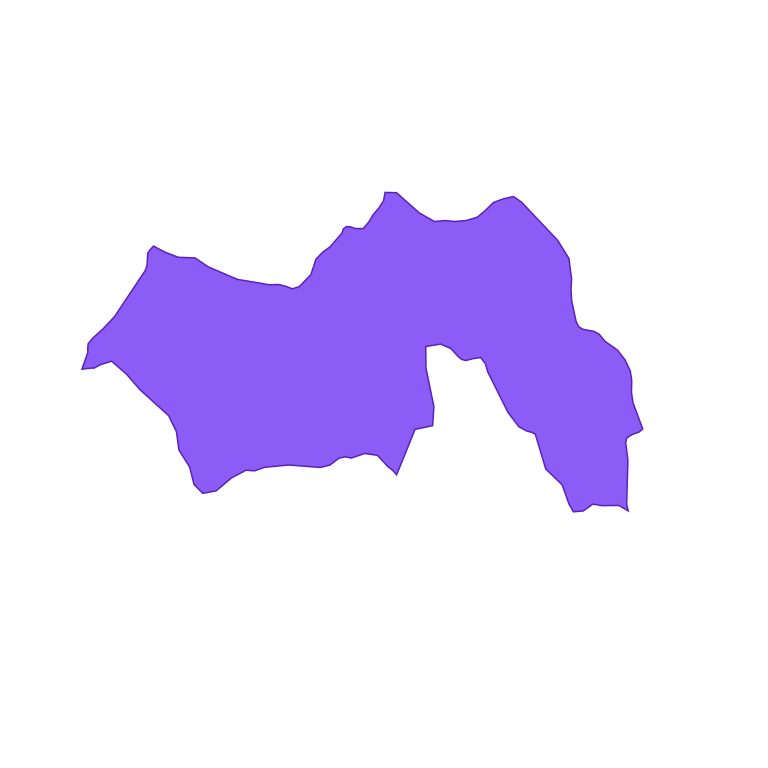 outline of Samegrelo-Zemo Svaneti, rotated 51°
{"feature_id": "GEO-3029", "entity_name": "Samegrelo-Zemo Svaneti", "entity_type": "Region", "adm_level": 1, "iso_a3": "GEO", "parent_name": "Georgia", "parent_adm1": "", "projection": "robinson", "projection_center": [42.261, 42.648], "detail": "fine", "context": "isolated", "style": "filled", "palette": "violet", "viewbox_px": 768, "rotation_deg": 51, "n_neighbors": 0, "source": "natural_earth", "source_scale": "10m", "svg_char_len": 1862}
<svg xmlns="http://www.w3.org/2000/svg" viewBox="0 0 768 768"><g transform="rotate(51 384 384)"><path d="M384.1,158.9L402.8,161.3L420.4,172.1L428.6,179.5L437.5,185.8L456.4,195.4L462.4,196.6L466.8,194.9L475.1,187.8L480.5,185.5L490.2,185.3L504.6,181.2L517.0,181.5L528.9,184.4L537.5,189.5L546.3,197.0L555.3,202.3L581.8,211.2L581.8,216.3L579.5,222.7L578.6,228.9L581.4,232.9L596.8,242.5L630.2,271.1L636.3,274.1L626.2,277.9L615.6,291.3L608.8,297.2L608.0,309.2L602.5,317.2L593.8,315.8L574.5,309.0L551.9,311.8L518.2,298.0L514.2,299.8L510.4,302.7L502.0,306.1L483.9,305.5L439.7,295.7L432.0,292.4L424.3,292.3L420.4,298.7L417.2,305.7L413.8,308.1L410.1,309.0L398.6,309.7L388.7,314.8L381.1,328.0L398.1,341.4L432.9,359.4L447.0,372.4L438.8,388.4L462.5,431.3L456.5,431.6L450.9,433.0L435.3,434.0L425.8,442.8L421.0,456.0L416.3,459.8L413.3,465.8L413.0,477.0L408.8,486.0L387.0,509.0L373.5,529.4L370.0,539.3L364.1,545.6L361.0,561.6L361.4,581.7L355.0,593.6L342.6,594.9L326.1,587.3L306.2,584.9L290.4,575.3L273.2,571.3L234.5,577.3L214.5,577.9L194.9,581.3L190.6,592.0L189.2,599.3L187.6,601.2L182.4,609.4L173.0,594.2L169.7,591.7L166.5,588.5L165.0,581.2L164.4,568.1L162.0,550.8L145.6,498.3L144.4,496.0L142.2,493.1L133.9,485.5L132.8,482.8L131.7,476.4L133.3,475.7L140.7,472.5L144.2,470.9L156.0,464.2L162.9,456.3L167.1,451.5L182.5,446.8L183.5,446.3L210.4,432.1L234.9,410.5L235.3,409.9L240.2,403.4L246.7,398.5L252.3,395.4L255.0,388.5L254.1,381.2L253.0,372.0L244.2,358.4L243.0,349.0L243.4,339.1L240.2,321.5L237.9,318.0L238.1,313.8L241.5,310.6L245.3,308.3L250.1,302.4L248.6,294.1L246.1,287.3L245.6,286.0L243.9,277.0L241.3,269.0L235.8,262.6L240.7,256.8L243.1,253.9L273.2,248.9L289.4,242.6L295.3,233.8L302.5,226.4L308.7,217.2L313.1,206.3L312.9,195.7L311.8,184.7L315.2,174.8L319.6,165.7L321.3,164.9L329.2,162.7L381.6,158.6L384.1,158.9Z" fill="#8b5cf6" stroke="#5b21b6" stroke-width="1.5"/></g></svg>